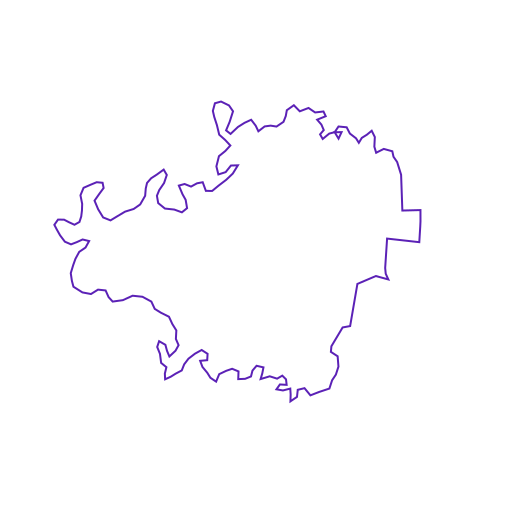 the district of Paraíso, Santa Catarina, Brazil, rotated 58°
{"feature_id": "56859067B88081254239904", "entity_name": "Paraíso", "entity_type": "district", "adm_level": 2, "iso_a3": "BRA", "parent_name": "Brazil", "parent_adm1": "Santa Catarina", "projection": "mercator", "projection_center": [-53.691, -26.665], "detail": "fine", "context": "isolated", "style": "outline", "palette": "violet", "viewbox_px": 512, "rotation_deg": 58, "n_neighbors": 0, "source": "geoboundaries", "source_scale": "gbopen_adm2", "svg_char_len": 2794}
<svg xmlns="http://www.w3.org/2000/svg" viewBox="0 0 512 512"><g transform="rotate(58 256 256)"><path d="M397.5,303.8L397.2,295.9L391.6,291.5L393.8,284.9L403.0,283.7L404.7,274.7L407.3,264.0L401.7,257.3L398.9,251.1L393.5,244.7L384.3,239.9L377.0,243.3L372.5,239.9L362.5,220.4L365.3,213.3L333.4,184.8L336.5,165.0L346.0,156.2L339.8,155.4L334.6,152.8L310.7,135.6L330.8,110.2L318.2,101.2L313.7,98.1L304.2,92.2L295.0,107.8L264.0,89.9L251.1,86.5L244.7,86.8L239.4,84.9L232.9,90.9L232.1,99.4L226.0,97.7L218.1,92.2L211.1,91.5L211.9,97.7L211.9,103.7L214.5,108.8L209.2,108.8L201.9,111.5L194.9,110.9L189.9,117.4L192.7,123.7L191.0,129.0L192.1,137.4L186.8,137.2L185.1,131.8L179.2,130.9L172.8,131.9L174.4,122.8L169.2,122.2L165.6,129.8L158.3,133.0L156.5,142.2L148.2,144.0L148.7,152.6L153.1,156.6L156.8,161.6L157.1,170.0L153.2,174.5L150.7,180.0L151.5,187.9L145.3,187.2L137.9,187.9L137.0,195.1L137.0,202.9L139.0,212.9L133.6,214.8L128.3,207.3L121.1,198.8L114.0,199.1L106.5,203.8L104.7,209.9L110.1,215.7L115.9,217.7L124.3,219.8L133.6,222.9L141.1,220.7L148.7,219.2L150.7,226.4L151.7,234.5L159.0,242.1L166.9,244.7L168.8,237.3L166.0,229.3L169.5,223.3L173.8,232.0L175.6,240.9L176.5,250.5L177.6,258.7L174.2,264.0L165.2,262.1L163.1,267.5L162.7,274.3L157.1,278.4L155.4,284.1L164.7,285.6L171.1,285.9L178.9,289.1L179.7,295.7L173.3,300.7L167.5,308.1L159.3,310.9L152.4,308.1L148.8,303.1L145.4,295.3L140.0,288.7L133.8,288.5L134.4,296.9L134.5,303.7L136.3,309.7L140.3,313.7L146.2,318.1L150.9,326.9L151.3,334.8L149.0,343.5L148.8,352.9L148.7,360.5L142.3,365.2L132.7,365.1L123.5,363.6L120.2,355.8L117.6,349.2L112.6,347.3L109.0,352.0L107.9,358.6L106.8,366.1L111.5,372.7L119.7,375.8L125.2,379.5L129.9,383.3L133.6,387.7L133.3,393.4L128.1,396.8L123.5,399.5L120.2,404.6L122.7,410.5L128.1,410.9L134.7,411.2L142.6,410.5L148.1,406.7L149.3,400.5L150.1,394.3L154.9,389.6L158.5,396.1L158.8,403.7L162.7,410.6L166.9,415.9L172.4,422.2L179.5,425.3L185.3,427.1L194.9,422.5L200.8,416.1L200.8,407.8L205.5,401.8L212.8,402.8L218.7,401.7L222.9,392.3L224.3,381.7L230.4,373.9L239.2,368.9L247.2,369.9L253.7,366.7L261.4,362.0L269.4,363.0L276.9,363.0L283.9,367.9L290.6,368.9L293.7,374.5L295.3,382.7L289.2,381.7L283.3,379.9L276.9,383.3L280.8,388.0L288.1,389.3L296.4,393.1L302.8,390.9L307.4,395.6L312.4,398.4L313.2,392.3L313.2,386.5L313.7,379.6L309.8,374.3L307.3,367.7L306.5,359.5L306.9,351.9L313.3,348.9L318.5,352.6L315.3,358.9L321.7,360.2L329.2,359.2L335.1,359.2L341.4,356.4L336.7,349.8L337.6,342.0L339.0,336.0L344.6,332.0L351.0,336.3L354.4,330.3L355.5,324.1L351.3,319.7L349.4,313.7L354.4,308.7L358.9,312.9L362.8,317.3L365.3,308.1L371.2,303.1L371.4,297.1L376.5,295.9L381.5,298.3L377.6,303.8L379.9,309.3L384.3,304.4L386.6,297.2L391.8,300.0L397.5,303.8ZM192.7,123.7L196.3,117.8L200.2,123.8L192.7,123.7Z" fill="none" stroke="#5b21b6" stroke-width="2"/></g></svg>